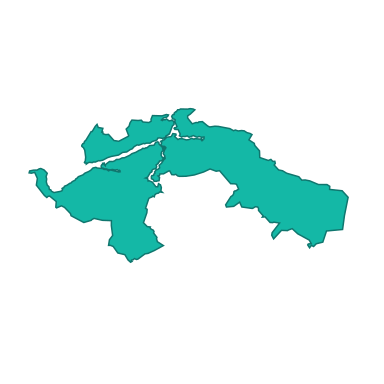 the district of Vaksdal nor, Hordaland, Norway, rotated 64°
{"feature_id": "86288312B98052754922139", "entity_name": "Vaksdal nor", "entity_type": "district", "adm_level": 2, "iso_a3": "NOR", "parent_name": "Norway", "parent_adm1": "Hordaland", "projection": "mercator", "projection_center": [5.767, 60.674], "detail": "fine", "context": "isolated", "style": "filled", "palette": "teal", "viewbox_px": 384, "rotation_deg": 64, "n_neighbors": 0, "source": "geoboundaries", "source_scale": "gbopen_adm2", "svg_char_len": 6146}
<svg xmlns="http://www.w3.org/2000/svg" viewBox="0 0 384 384"><g transform="rotate(64 192 192)"><path d="M291.7,73.1L280.0,65.3L265.2,54.0L256.7,56.5L250.0,67.2L247.3,65.7L244.5,67.4L240.7,75.1L233.6,81.3L230.8,85.0L229.5,88.1L225.1,89.3L216.6,98.7L212.6,101.3L210.1,104.5L203.8,106.3L202.8,104.6L200.7,104.1L199.9,106.0L197.3,106.8L197.1,109.6L190.7,116.0L184.6,113.3L177.6,115.2L175.6,114.7L170.1,118.0L166.7,112.9L164.9,114.1L162.7,116.6L159.9,118.3L158.5,120.5L157.4,123.7L155.3,125.9L155.1,127.8L151.6,130.2L144.5,139.7L142.9,142.6L141.3,147.6L139.5,149.0L133.3,151.8L132.0,155.1L132.3,156.3L131.3,157.9L130.8,161.9L123.7,163.5L121.6,162.5L121.3,159.6L119.4,153.4L117.9,154.6L116.2,157.2L115.6,159.6L112.4,165.8L112.4,167.5L111.8,168.8L113.0,171.1L112.7,171.5L113.3,173.4L114.5,174.1L114.1,175.0L114.5,176.3L115.5,177.3L116.8,176.9L117.7,177.6L118.8,175.9L119.8,175.4L121.1,176.6L126.6,176.8L127.0,178.4L126.6,179.6L127.0,180.2L128.3,179.9L129.8,177.1L134.8,177.2L135.9,178.7L138.1,177.3L138.1,175.7L139.1,174.0L139.5,171.7L141.5,170.6L141.9,166.0L144.7,163.7L145.1,163.0L145.1,161.4L147.1,159.2L147.8,157.1L149.5,157.9L149.3,159.7L147.3,160.4L150.3,159.9L150.3,160.6L147.9,161.1L148.3,161.1L145.3,165.9L145.5,167.0L143.6,168.7L143.5,171.9L142.7,174.3L139.9,177.3L138.6,180.0L138.7,181.6L134.7,183.2L134.3,183.1L133.8,181.3L132.8,181.1L131.1,183.6L132.7,185.8L133.0,186.8L131.7,190.6L132.9,194.2L132.5,195.5L133.1,196.1L132.6,197.3L133.0,198.0L134.5,197.7L136.1,199.3L137.9,198.6L138.9,196.7L140.5,196.0L141.6,196.9L141.6,198.5L142.4,198.4L145.0,201.1L147.3,200.6L150.2,201.5L150.7,203.3L152.8,206.8L153.6,209.8L156.1,210.5L156.6,212.4L156.6,213.5L156.2,214.0L157.6,216.9L158.7,216.9L159.2,218.4L160.2,219.2L159.7,221.0L160.2,221.7L162.3,222.7L163.9,221.3L165.8,221.4L166.9,219.1L166.8,218.6L167.4,216.6L164.7,214.8L162.7,215.5L163.0,214.0L161.7,213.0L163.2,209.6L162.9,203.8L163.3,202.8L167.5,202.6L168.7,200.6L169.0,198.8L171.3,197.8L172.5,196.3L175.2,190.5L177.7,182.4L179.1,172.8L179.2,165.7L183.9,161.2L184.9,157.9L201.5,153.6L203.5,149.8L204.6,148.6L209.8,148.8L210.2,152.2L209.8,153.0L210.0,154.1L211.7,155.2L212.9,156.9L213.2,159.1L218.3,167.4L220.6,167.6L223.2,160.8L222.0,153.6L227.3,153.8L232.9,145.5L233.3,144.7L233.0,141.5L234.3,139.5L235.9,139.4L237.8,140.3L244.6,138.5L245.4,139.8L246.4,137.2L253.6,135.2L254.9,132.9L255.0,131.6L258.3,126.9L263.7,137.8L265.8,139.3L269.9,139.2L265.7,128.4L268.6,123.0L268.4,122.0L268.9,118.0L275.9,115.3L286.6,107.7L290.6,107.5L289.7,110.3L290.3,111.2L293.7,110.8L292.3,108.1L294.3,106.6L293.0,103.0L294.4,96.4L286.0,88.2L291.7,73.1ZM169.3,218.0L172.3,220.5L171.4,222.2L165.8,223.3L162.9,225.8L162.9,226.6L160.4,226.0L159.1,227.6L159.2,225.4L156.2,220.8L156.4,219.6L156.1,219.0L155.0,218.7L154.5,216.8L155.0,214.9L154.7,213.7L153.7,212.6L152.0,212.4L151.5,209.8L150.7,209.3L150.6,208.1L149.9,207.6L150.6,205.6L149.9,203.8L149.7,201.8L148.5,201.7L148.8,202.6L148.5,203.4L145.7,203.7L144.0,202.9L142.5,201.5L142.2,199.9L140.6,199.2L141.2,198.0L141.1,197.1L140.3,196.5L139.5,197.4L140.1,199.3L138.9,199.0L134.5,200.6L132.8,200.1L131.8,201.0L131.5,202.9L133.3,205.6L131.7,209.7L132.5,213.1L132.0,214.4L132.2,215.4L131.1,217.3L131.6,218.7L131.4,221.5L131.7,225.0L131.2,229.1L131.7,232.0L131.6,237.7L130.7,239.9L130.8,243.1L129.6,245.7L130.1,247.8L129.9,249.8L128.4,252.8L129.4,257.8L130.4,258.4L129.1,258.9L127.5,258.2L127.0,259.8L128.1,260.3L128.0,261.3L128.8,262.3L130.7,262.8L131.6,261.4L132.4,261.1L134.0,258.4L134.8,258.1L136.6,255.0L136.7,253.9L138.6,251.3L139.1,249.4L140.5,248.7L140.8,247.9L141.0,247.5L141.3,247.4L141.5,247.5L140.9,247.7L141.3,248.2L142.2,247.9L142.0,249.0L136.5,255.6L136.4,257.8L134.4,258.8L133.0,261.4L131.8,262.0L128.9,266.7L127.7,267.6L127.0,270.5L128.1,273.6L128.3,276.0L128.1,280.0L128.8,282.6L128.4,287.4L129.2,289.4L129.3,290.8L130.1,291.7L130.2,295.1L130.9,297.2L130.6,298.1L131.1,301.3L130.9,304.1L132.0,305.5L131.7,306.7L131.9,307.3L133.1,307.3L133.9,308.4L133.7,310.2L132.0,316.3L129.7,318.0L128.1,318.0L127.2,319.1L124.5,318.3L122.4,319.1L119.0,318.5L116.6,316.9L114.2,316.4L111.7,313.9L107.3,315.3L104.6,317.6L104.2,319.2L104.4,321.6L102.9,324.8L101.9,328.7L103.4,330.0L104.7,328.1L105.4,324.8L112.0,325.0L117.6,328.9L130.4,326.2L133.3,324.9L132.8,323.2L133.3,321.7L141.1,318.2L146.0,321.1L146.9,320.7L147.2,315.4L150.0,313.3L158.1,310.7L160.3,311.1L172.0,302.6L173.3,295.0L172.9,294.2L172.8,291.6L178.2,284.9L182.4,277.0L186.8,279.2L196.3,282.4L198.7,287.1L203.4,290.4L204.2,288.7L206.4,286.7L214.3,285.4L218.9,279.8L225.0,279.3L228.2,278.0L228.1,276.4L227.3,276.8L226.7,276.2L227.1,274.5L226.6,272.9L228.3,271.5L228.6,270.0L227.0,261.4L227.9,258.4L228.1,251.4L227.6,241.2L221.5,244.9L218.5,244.4L217.4,243.4L212.0,244.5L210.9,243.5L209.4,243.5L207.3,245.1L205.4,245.4L205.1,244.9L203.5,247.4L198.3,249.1L190.9,241.7L187.9,239.9L186.3,240.9L179.1,233.9L178.7,233.1L178.9,230.0L178.5,229.1L179.8,228.0L178.2,226.6L177.8,224.8L178.3,222.6L177.8,221.0L179.3,218.8L177.4,219.5L174.6,217.6L171.7,217.2L170.5,218.3L169.3,218.0ZM120.6,274.8L120.2,272.6L120.4,271.1L121.9,268.8L121.8,267.4L122.7,265.8L122.9,262.1L123.6,261.1L124.3,258.2L124.1,252.8L124.7,248.8L126.6,241.8L126.0,237.0L127.4,233.1L126.8,228.9L127.0,226.8L125.9,224.2L125.6,220.7L126.6,219.3L127.1,214.3L127.9,213.4L128.1,211.5L129.7,208.3L129.2,205.7L129.9,200.8L128.6,199.1L129.2,197.3L131.0,194.9L131.2,193.1L131.2,192.0L130.1,190.7L130.2,188.3L129.7,187.8L130.0,186.9L123.9,180.5L123.5,178.6L120.4,177.3L118.6,179.1L118.1,181.4L115.2,182.9L115.4,184.3L114.5,186.1L114.8,187.4L113.9,188.0L112.9,185.1L113.6,182.2L113.4,180.7L112.4,179.4L111.1,181.1L110.4,185.6L106.0,194.0L108.6,196.9L110.4,197.6L110.7,200.2L107.6,205.4L105.2,206.1L104.1,209.1L101.0,214.5L102.6,217.3L105.3,219.8L106.6,223.6L113.6,224.2L114.0,224.8L114.3,235.6L111.5,239.6L103.6,241.8L102.6,244.4L100.8,246.4L98.8,245.9L98.6,246.8L95.7,244.2L92.9,248.0L89.6,247.7L90.6,250.2L93.9,255.2L93.5,256.2L98.9,264.6L99.4,266.4L100.9,267.9L100.7,268.9L101.7,270.6L102.7,271.0L104.7,270.1L107.5,270.1L114.1,272.3L117.3,274.3L118.2,275.7L119.1,275.5L119.6,274.4L120.6,274.8Z" fill="#14b8a6" stroke="#0f766e" stroke-width="1.5"/></g></svg>